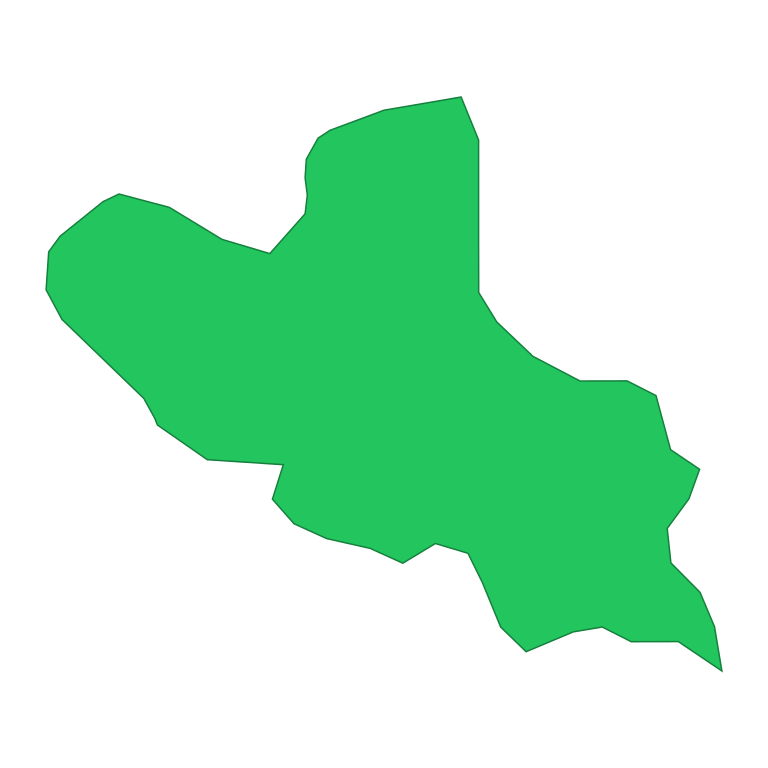 the District of Peć
{"feature_id": "KOS-5886", "entity_name": "Peć", "entity_type": "District", "adm_level": 1, "iso_a3": "XKX", "parent_name": "Kosovo", "parent_adm1": "", "projection": "orthographic", "projection_center": [20.272, 42.674], "detail": "fine", "context": "isolated", "style": "filled", "palette": "green", "viewbox_px": 768, "rotation_deg": 0, "n_neighbors": 0, "source": "natural_earth", "source_scale": "10m", "svg_char_len": 797}
<svg xmlns="http://www.w3.org/2000/svg" viewBox="0 0 768 768"><path d="M269.8,253.6L305.1,213.8L307.3,195.2L305.1,177.7L306.3,159.2L318.1,138.1L330.0,130.3L384.0,110.2L461.1,97.0L478.6,140.0L478.6,189.2L478.6,243.3L478.7,292.5L496.8,322.0L533.0,356.4L580.0,381.0L627.1,380.9L656.0,395.6L670.6,449.7L699.6,469.3L688.9,498.9L667.2,528.4L670.9,562.9L700.0,592.3L714.5,626.7L721.9,671.0L678.3,641.6L631.2,641.7L602.2,627.0L573.2,631.9L526.1,651.7L500.7,627.1L482.5,582.8L468.0,553.3L435.4,543.5L402.8,563.2L370.2,548.4L326.7,538.6L294.1,523.8L272.4,499.2L283.3,464.7L207.3,459.7L157.4,425.0L154.7,418.2L143.8,398.4L63.3,320.7L62.0,319.5L46.1,289.8L48.7,251.8L60.2,236.1L89.8,212.3L103.1,201.6L119.0,194.0L169.4,207.4L222.0,239.4L269.8,253.6Z" fill="#22c55e" stroke="#15803d" stroke-width="1.5"/></svg>